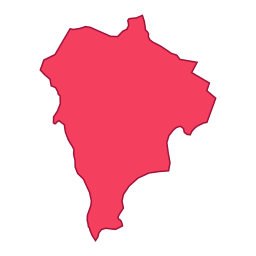 outline of Geita
{"feature_id": "TZA-5586", "entity_name": "Geita", "entity_type": "Region", "adm_level": 1, "iso_a3": "TZA", "parent_name": "United Republic of Tanzania", "parent_adm1": "", "projection": "mercator", "projection_center": [31.619, -3.252], "detail": "fine", "context": "isolated", "style": "filled", "palette": "rose", "viewbox_px": 256, "rotation_deg": 0, "n_neighbors": 0, "source": "natural_earth", "source_scale": "10m", "svg_char_len": 1413}
<svg xmlns="http://www.w3.org/2000/svg" viewBox="0 0 256 256"><path d="M95.5,240.6L92.1,235.3L89.9,230.0L89.6,228.2L88.4,226.7L88.0,223.4L87.2,220.3L87.4,215.3L90.8,205.8L91.4,200.9L89.6,192.5L83.4,179.0L77.7,173.5L75.2,167.1L75.0,160.1L74.1,156.6L73.6,153.4L74.0,149.6L72.2,146.1L72.1,145.9L69.9,142.6L68.0,139.1L65.4,132.0L64.3,124.7L58.9,120.7L57.0,121.9L55.5,123.7L54.3,123.6L53.4,122.6L53.6,116.9L57.5,111.0L60.3,103.7L60.1,96.0L59.6,95.2L58.8,94.8L58.0,93.6L57.9,92.0L55.5,87.5L51.2,85.8L50.0,79.3L45.0,75.0L40.3,70.0L43.9,60.0L55.0,54.6L70.1,28.8L73.3,29.5L80.1,28.4L85.5,26.6L90.1,27.3L110.5,36.3L117.6,36.6L122.7,31.3L127.2,29.1L127.2,28.1L127.9,27.3L128.6,25.5L128.4,23.4L127.8,20.5L129.1,18.7L136.4,17.9L142.4,15.4L144.3,21.5L145.1,26.7L145.5,30.0L147.5,31.9L148.6,34.2L148.3,36.8L150.0,39.9L152.9,42.2L160.7,46.2L167.2,50.5L171.4,53.4L176.7,55.1L179.9,59.4L197.1,62.3L191.6,72.6L209.4,83.0L206.8,90.7L215.7,98.2L206.9,122.4L203.6,123.0L197.2,126.1L194.2,128.6L191.8,131.4L190.2,134.8L187.0,134.4L184.3,132.3L183.5,128.5L180.4,126.3L176.5,127.4L173.3,130.0L168.9,135.7L166.8,142.5L168.2,152.9L170.0,162.9L168.6,170.8L159.3,171.5L148.9,173.0L138.1,178.0L129.2,185.9L123.4,194.5L122.0,201.0L123.4,208.1L119.4,214.2L117.9,217.3L118.8,219.2L120.7,220.4L121.9,223.1L122.5,225.9L115.5,229.4L105.6,228.3L101.5,229.5L98.9,232.8L97.8,237.1L95.5,240.6Z" fill="#f43f5e" stroke="#9f1239" stroke-width="1.5"/></svg>